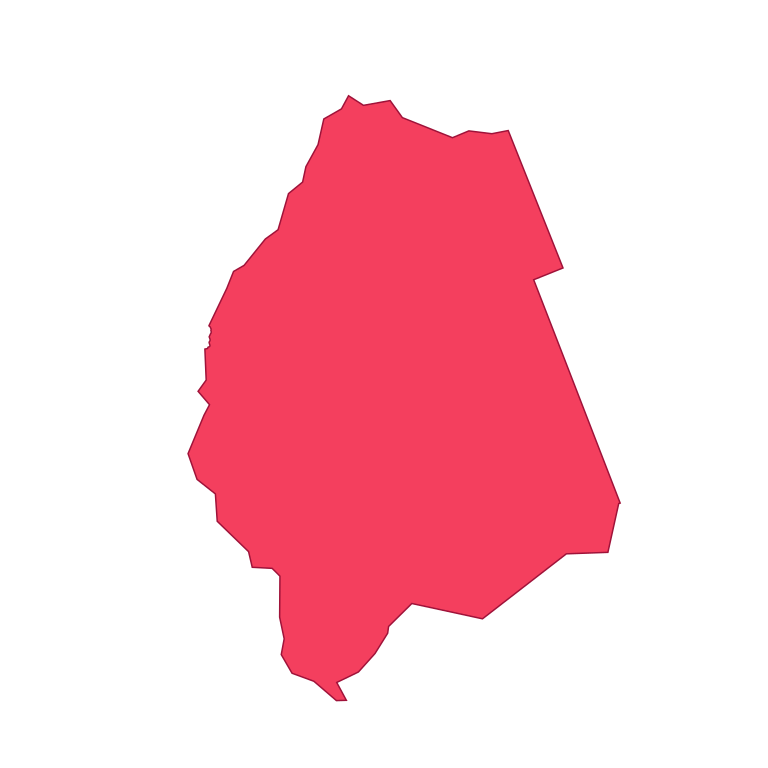 Citrus, Florida, United States of America (Mercator projection), rotated 249°
{"feature_id": "52423323B9967886911021", "entity_name": "Citrus", "entity_type": "district", "adm_level": 2, "iso_a3": "USA", "parent_name": "United States of America", "parent_adm1": "Florida", "projection": "mercator", "projection_center": [-82.446, 28.857], "detail": "fine", "context": "isolated", "style": "filled", "palette": "rose", "viewbox_px": 768, "rotation_deg": 249, "n_neighbors": 0, "source": "geoboundaries", "source_scale": "gbopen_adm2", "svg_char_len": 1035}
<svg xmlns="http://www.w3.org/2000/svg" viewBox="0 0 768 768"><g transform="rotate(249 384 384)"><path d="M102.2,235.5L122.3,232.9L124.3,256.9L135.6,279.0L150.0,298.1L156.0,301.4L169.1,331.3L129.5,391.8L160.1,493.4L146.6,532.7L188.3,560.3L188.2,561.8L342.5,561.4L427.7,561.1L428.2,592.7L576.1,590.8L579.0,574.4L589.9,553.9L589.4,536.2L626.1,496.6L646.4,491.3L651.5,464.7L665.8,454.2L656.1,442.9L653.0,422.8L631.1,408.2L614.9,389.0L601.7,380.4L596.0,363.1L566.0,340.4L561.9,325.2L544.9,295.9L543.0,283.9L529.6,271.5L501.2,241.5L500.7,241.5L499.8,242.1L497.2,242.3L496.1,241.6L494.6,241.4L493.7,240.9L492.7,239.7L490.7,237.7L487.9,237.6L486.9,237.2L485.7,235.7L484.7,235.5L482.5,235.4L481.9,235.1L481.4,234.4L481.4,232.9L480.4,232.0L480.8,229.3L451.4,219.4L443.8,207.8L427.2,213.7L419.4,204.8L389.2,176.1L361.9,175.3L341.8,187.2L315.6,179.1L276.0,197.5L260.1,195.3L252.0,213.5L241.9,218.0L203.7,203.0L181.9,199.5L168.2,191.1L146.9,194.5L131.6,212.0L105.5,226.1L102.2,235.5Z" fill="#f43f5e" stroke="#9f1239" stroke-width="1.5"/></g></svg>